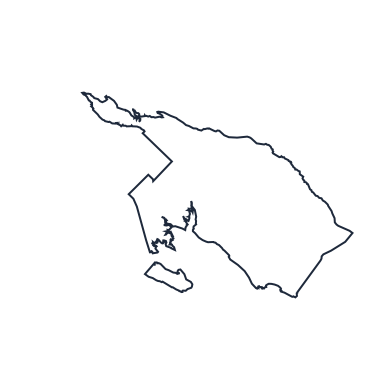 Kati, Zanzibar South and Central, United Republic of Tanzania (Robinson projection), rotated 135°
{"feature_id": "72390352B68738670078554", "entity_name": "Kati", "entity_type": "district", "adm_level": 2, "iso_a3": "TZA", "parent_name": "United Republic of Tanzania", "parent_adm1": "Zanzibar South and Central", "projection": "robinson", "projection_center": [39.392, -6.207], "detail": "fine", "context": "isolated", "style": "outline", "palette": "slate", "viewbox_px": 384, "rotation_deg": 135, "n_neighbors": 0, "source": "geoboundaries", "source_scale": "gbopen_adm2", "svg_char_len": 6106}
<svg xmlns="http://www.w3.org/2000/svg" viewBox="0 0 384 384"><g transform="rotate(135 192 192)"><path d="M107.5,49.5L108.0,53.1L112.5,64.7L112.8,66.8L112.5,69.5L109.7,72.7L107.9,77.7L106.8,79.8L105.5,85.9L104.9,87.1L104.9,91.1L105.5,93.5L104.9,96.0L106.2,97.9L106.1,100.3L107.1,101.9L106.6,106.0L107.1,107.4L106.3,108.8L106.6,110.5L104.5,115.5L105.0,116.2L104.5,117.2L104.6,118.4L105.5,119.6L104.5,120.7L104.7,122.0L104.2,123.5L102.5,124.2L103.2,128.3L101.3,130.4L101.9,131.8L102.2,134.1L103.1,134.8L102.4,136.4L102.7,138.1L102.2,139.3L102.1,141.3L101.6,142.0L101.6,142.8L101.0,142.7L100.7,143.4L101.7,145.6L101.3,146.4L102.7,150.2L102.3,151.4L103.5,152.6L103.3,153.1L103.8,153.8L103.7,154.1L104.7,154.2L105.6,154.9L107.4,162.1L107.1,162.9L106.0,163.1L105.7,164.4L104.8,165.0L105.1,166.4L104.3,168.4L104.5,171.1L105.4,172.2L105.7,173.8L107.4,174.6L111.9,180.7L112.2,188.0L112.6,189.8L113.8,192.1L121.6,198.5L127.2,204.7L129.1,209.4L129.4,216.0L130.5,217.5L132.2,217.9L133.0,219.2L135.0,225.0L135.7,225.2L136.2,226.1L138.5,227.4L139.0,228.2L141.9,228.8L143.7,231.8L143.6,232.8L144.3,234.1L146.0,236.0L147.5,240.9L148.9,243.5L149.2,247.3L150.7,254.0L150.7,255.3L153.3,261.1L155.7,268.3L159.1,272.7L160.0,273.1L160.4,272.1L159.5,270.3L159.0,267.0L159.7,266.4L159.8,265.5L160.7,266.2L161.7,268.2L165.5,270.7L166.2,272.2L167.8,273.6L168.1,275.6L169.6,276.3L170.5,278.2L171.4,278.8L171.2,279.6L171.9,279.2L174.6,281.2L175.7,283.3L174.3,284.3L174.2,285.7L175.1,286.7L175.5,288.4L174.9,290.1L175.5,291.1L175.1,291.8L175.3,292.1L175.7,291.8L176.2,289.5L177.9,287.0L177.5,284.6L176.9,283.9L176.8,280.2L178.2,279.1L179.9,279.3L178.5,279.4L177.2,280.3L178.2,282.9L179.9,282.4L179.3,283.3L179.4,284.7L180.7,285.0L180.0,285.7L180.7,289.0L179.8,292.6L180.3,295.2L181.4,296.3L180.9,297.0L182.2,298.7L185.0,304.4L183.5,306.8L182.7,311.6L183.7,318.0L185.0,318.8L184.7,320.5L186.1,320.6L186.6,317.5L188.8,317.7L191.9,318.9L192.8,321.1L192.8,324.2L194.7,327.5L194.5,328.9L195.0,331.9L194.5,332.9L196.0,335.1L197.1,335.9L198.1,338.7L199.5,339.7L199.7,337.6L199.0,336.0L199.0,333.5L200.2,329.7L199.8,329.1L200.0,327.5L199.6,325.8L200.5,324.9L200.7,325.4L201.5,325.2L201.2,324.1L202.0,323.4L202.7,323.6L202.5,321.7L203.1,321.0L202.9,320.6L203.9,320.0L203.8,313.5L204.3,310.5L204.1,306.5L203.3,304.6L203.4,303.6L201.5,300.5L200.6,300.0L199.9,296.9L197.7,294.4L197.2,294.1L196.9,294.5L196.2,293.9L196.8,293.5L196.2,291.9L195.8,292.0L196.1,291.6L195.5,289.9L195.6,288.6L193.4,288.5L193.7,287.5L192.0,285.7L191.8,284.6L188.3,281.4L187.6,281.7L187.6,280.5L184.6,277.2L183.1,273.9L183.2,272.4L182.4,269.5L182.7,268.4L185.3,268.4L184.6,227.8L211.8,227.1L210.6,228.6L210.7,235.1L238.3,235.2L238.2,228.7L241.3,220.7L258.5,190.4L264.4,179.1L263.6,178.5L263.2,179.1L262.4,178.8L262.4,177.6L263.1,176.4L259.2,173.6L258.3,173.7L257.9,177.8L256.7,178.4L256.6,179.1L256.3,178.7L255.4,178.6L255.4,179.3L256.1,180.1L257.7,181.1L257.0,180.9L257.2,182.6L256.6,180.9L255.9,181.2L256.5,183.7L255.7,184.0L255.5,182.7L254.9,183.8L254.8,182.6L253.4,182.4L253.5,181.3L252.3,180.7L251.4,181.2L251.4,182.6L249.8,183.2L249.4,182.2L249.7,178.2L249.4,176.8L249.0,176.3L248.3,176.2L247.9,176.8L247.0,176.3L246.5,177.4L247.2,178.6L246.1,177.7L245.1,175.8L245.8,174.4L247.5,173.8L248.5,171.9L246.3,167.3L246.5,166.9L245.1,163.1L243.7,165.6L243.8,167.9L243.4,168.9L244.8,170.5L243.6,170.5L243.0,169.9L243.7,171.4L243.0,172.0L241.8,172.0L241.3,172.4L241.2,173.3L240.6,173.5L240.4,172.6L239.7,173.0L240.4,172.2L240.0,171.8L239.6,171.7L239.4,172.7L238.1,172.3L237.4,175.5L236.9,176.1L236.5,175.1L235.6,177.7L236.7,178.5L237.6,178.3L236.8,178.7L235.8,178.5L235.2,179.0L236.5,180.3L237.6,180.0L239.1,180.5L240.4,180.3L240.9,180.6L237.7,181.4L238.3,182.6L236.5,181.4L236.0,182.4L235.4,181.5L231.7,181.5L231.3,183.8L231.6,185.0L233.9,186.5L235.3,188.6L233.8,187.6L233.4,186.7L232.9,187.0L233.0,188.0L233.6,188.4L232.9,188.3L232.8,189.1L230.9,191.2L230.1,193.3L230.8,195.0L231.0,195.9L229.9,193.4L230.3,191.1L229.8,190.8L229.9,190.2L230.4,190.7L232.2,187.9L232.1,187.4L229.9,184.4L229.8,181.0L228.0,179.6L224.7,173.1L223.7,169.9L221.6,171.5L219.5,171.9L219.2,172.4L218.1,172.1L217.5,175.1L217.1,175.4L217.3,176.0L216.8,175.8L216.3,176.7L217.2,178.7L216.7,178.3L215.3,181.3L216.1,178.7L215.3,176.6L215.2,174.1L214.9,174.0L212.4,175.3L211.5,176.3L212.0,177.1L211.3,176.8L209.0,177.9L207.1,181.1L207.8,182.1L207.0,181.9L206.4,182.4L206.0,179.4L205.2,179.4L206.0,178.6L205.7,177.9L205.4,178.1L205.7,177.4L204.4,178.4L204.2,179.2L203.8,179.2L203.5,178.4L203.2,178.8L203.6,180.2L203.0,179.7L202.9,180.4L203.5,181.0L202.9,180.9L202.3,182.7L200.7,184.0L199.0,186.2L199.8,184.4L202.1,182.2L202.7,177.3L206.5,171.6L208.9,170.0L209.6,168.6L211.5,167.1L211.9,166.2L215.2,166.5L216.5,165.5L216.7,164.8L218.1,164.6L219.1,163.6L218.9,160.7L219.4,155.1L218.5,150.5L217.1,146.9L216.2,145.2L212.1,141.4L212.1,140.8L211.2,139.5L211.2,137.5L210.4,135.4L210.4,131.1L210.8,129.2L210.5,127.8L210.5,121.1L210.8,120.4L211.9,120.2L212.7,117.2L211.1,108.0L210.7,98.8L212.2,91.2L214.5,84.8L214.7,78.8L214.3,77.7L213.5,78.0L213.0,77.0L211.9,78.3L211.2,78.0L211.4,77.2L210.1,75.6L210.6,75.3L210.7,74.0L210.3,73.8L210.2,74.4L209.7,74.4L209.3,72.9L208.0,73.1L206.7,72.3L205.9,73.5L205.3,73.6L202.7,72.9L200.8,70.9L199.0,68.1L197.5,64.8L197.2,61.8L197.5,60.7L198.5,60.5L198.5,59.3L199.3,59.5L199.5,58.7L197.8,55.5L195.3,47.2L194.8,46.6L194.1,46.5L193.4,44.4L191.3,44.3L189.6,46.3L188.8,46.2L188.5,46.6L149.5,52.7L147.6,53.3L145.8,54.8L143.2,55.0L135.2,52.2L118.9,48.4L107.5,49.5ZM283.3,167.2L282.6,162.7L280.6,158.9L279.7,154.9L278.9,153.0L277.9,151.8L277.1,149.6L276.2,149.4L273.6,138.8L273.0,138.3L272.1,134.3L270.9,131.4L271.1,130.9L270.3,129.8L270.3,128.8L269.5,128.1L269.0,128.7L268.1,128.7L266.3,126.6L263.8,126.5L260.2,124.8L258.9,125.2L257.0,126.5L256.4,129.3L257.9,134.3L255.5,139.3L255.0,145.4L256.6,146.5L258.1,146.2L258.7,145.8L259.0,144.5L258.1,143.3L260.3,144.5L260.7,146.4L262.2,148.3L263.8,153.3L265.2,156.2L265.1,163.3L265.7,164.9L266.8,166.0L266.4,166.3L266.8,167.2L267.7,168.0L268.9,168.0L270.3,166.2L269.0,168.3L283.3,167.2Z" fill="none" stroke="#1e293b" stroke-width="2"/></g></svg>